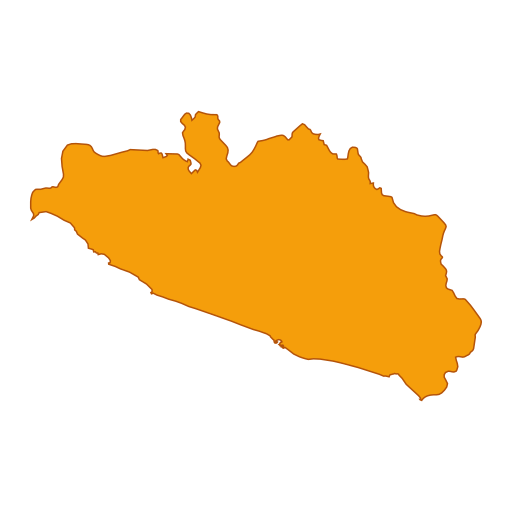 the border of Guerrero
{"feature_id": "MEX-2729", "entity_name": "Guerrero", "entity_type": "State", "adm_level": 1, "iso_a3": "MEX", "parent_name": "Mexico", "parent_adm1": "", "projection": "mercator", "projection_center": [-99.836, 17.594], "detail": "fine", "context": "isolated", "style": "filled", "palette": "amber", "viewbox_px": 512, "rotation_deg": 0, "n_neighbors": 0, "source": "natural_earth", "source_scale": "10m", "svg_char_len": 6050}
<svg xmlns="http://www.w3.org/2000/svg" viewBox="0 0 512 512"><path d="M421.7,400.4L420.2,399.8L419.9,399.4L420.3,399.4L420.6,399.0L420.4,397.9L418.6,395.7L414.7,392.1L406.2,384.3L402.2,378.4L399.0,375.1L398.6,374.3L397.7,373.8L396.1,373.9L394.5,373.5L393.7,374.0L392.8,374.0L391.8,374.4L390.2,374.7L389.6,375.5L389.1,376.8L385.6,376.0L383.6,376.1L379.4,374.3L358.1,367.5L340.5,362.8L333.2,361.1L320.3,359.1L313.5,358.8L308.3,359.4L305.0,358.6L302.1,357.7L299.3,356.7L293.7,354.0L287.8,349.4L285.0,347.4L284.3,347.5L283.8,348.2L282.6,347.8L282.2,347.1L281.1,346.7L282.0,346.2L283.1,346.8L283.5,346.0L283.0,345.2L282.2,345.1L281.6,345.5L280.7,345.2L279.9,345.3L279.0,344.5L279.7,344.2L279.9,343.3L280.6,342.3L281.1,342.4L281.8,342.1L281.8,341.4L281.0,340.4L280.1,339.9L278.6,339.6L276.8,340.3L275.7,341.0L275.9,341.9L276.9,341.6L277.5,342.0L276.6,343.0L275.1,343.1L274.4,342.4L273.8,339.9L273.0,339.4L270.5,336.8L270.1,335.8L266.6,333.8L258.7,331.0L253.3,329.5L240.4,324.7L231.3,321.1L204.9,311.8L195.3,308.5L188.8,306.5L181.6,303.3L175.8,301.2L168.7,299.2L162.7,296.9L157.0,295.1L153.3,293.2L151.5,293.8L150.9,292.5L152.1,291.8L152.0,289.5L146.6,284.1L139.4,279.7L138.2,277.1L129.5,272.1L120.5,268.9L115.4,266.5L108.7,264.2L108.6,263.0L110.1,262.7L110.4,260.7L109.5,259.2L108.5,257.8L104.3,254.3L101.2,253.8L98.2,254.6L97.8,253.0L96.4,253.0L95.4,251.8L93.7,251.9L93.3,249.8L91.6,249.1L88.4,248.2L88.0,244.0L85.4,240.0L82.6,238.1L77.5,234.1L76.3,231.3L74.7,229.9L74.5,227.8L70.4,223.0L64.0,220.2L57.4,216.2L51.1,213.4L46.1,211.6L39.2,212.6L38.2,214.5L36.0,216.1L34.3,218.0L31.8,219.5L33.4,216.3L33.7,215.3L33.5,213.6L31.3,210.2L30.7,208.2L30.7,201.7L31.0,198.3L31.7,195.2L32.4,193.1L32.9,192.1L33.8,191.1L34.9,190.0L35.7,189.4L36.8,189.3L40.7,189.3L44.1,188.4L45.9,188.0L47.6,188.1L49.2,188.3L50.7,188.1L52.2,186.8L53.2,186.8L55.3,187.3L56.4,187.3L57.5,186.9L58.0,186.2L58.6,184.4L62.1,179.6L63.4,177.1L63.5,174.2L62.1,166.4L61.5,158.5L62.9,151.2L67.4,145.1L71.4,143.8L75.9,143.6L86.6,144.4L88.3,144.7L89.9,145.4L91.3,146.7L92.3,148.4L93.0,150.1L93.9,151.7L95.6,153.1L97.8,154.4L100.0,155.5L102.3,156.3L104.9,156.4L110.7,155.4L121.9,152.2L127.6,150.8L130.2,149.6L147.5,150.5L152.9,149.4L155.3,149.4L157.7,150.5L158.0,151.1L158.1,152.9L158.6,153.7L159.6,153.2L161.1,153.0L161.8,153.6L162.3,154.9L163.0,157.7L166.5,156.4L167.3,155.4L166.0,153.7L177.5,154.0L178.9,154.6L182.6,158.8L184.2,160.0L185.9,161.1L187.3,161.6L187.3,161.2L188.1,159.6L188.1,159.2L188.6,159.4L189.5,159.9L189.9,160.0L190.3,160.5L190.6,161.6L191.0,163.3L190.9,164.3L189.9,165.4L188.8,166.3L188.1,167.7L188.3,169.5L189.2,171.1L191.4,173.6L195.1,170.0L195.5,169.9L196.7,170.4L197.5,172.3L200.4,167.5L201.0,165.2L200.0,163.1L194.6,158.7L189.0,154.7L186.8,152.9L185.7,151.0L185.4,148.7L185.4,145.7L185.3,143.0L184.8,140.5L184.0,138.1L183.0,135.6L182.5,132.8L183.5,131.2L184.8,129.6L185.4,127.1L184.3,125.2L182.3,123.5L180.7,121.6L180.7,119.5L182.0,117.9L183.4,116.0L184.8,114.2L186.5,113.1L188.8,113.3L190.4,115.1L191.4,117.7L191.9,120.3L194.2,118.2L195.2,116.9L195.5,114.7L196.4,113.6L198.5,111.6L202.7,112.9L206.7,114.0L210.8,114.6L216.7,114.7L217.4,115.2L217.8,116.4L217.8,118.3L218.2,119.4L219.6,121.1L219.7,122.5L217.6,126.8L217.4,129.0L219.2,132.9L219.3,134.2L219.1,137.0L219.4,138.2L220.1,139.4L221.0,140.4L225.7,145.3L227.4,147.5L228.1,150.1L227.8,152.9L226.8,156.0L226.2,158.9L227.3,161.1L228.2,161.8L229.0,162.8L230.5,164.8L231.6,165.8L233.1,166.3L234.7,166.4L236.1,166.1L237.3,165.2L238.1,164.0L238.9,163.0L240.3,162.5L247.4,156.8L249.8,154.8L252.2,152.2L254.0,149.3L255.6,146.3L257.3,142.5L258.1,141.3L262.4,140.6L264.6,140.1L266.7,139.5L268.9,138.6L275.5,136.6L276.6,136.1L280.1,135.4L282.0,135.2L283.6,135.6L285.3,136.9L287.7,139.8L289.0,139.9L291.9,137.0L292.1,135.8L292.1,134.5L292.3,133.1L293.0,132.0L299.8,125.9L302.4,123.8L304.6,124.7L306.6,127.0L308.5,129.0L309.9,129.4L310.6,130.2L311.7,132.6L313.2,133.8L315.7,134.4L318.3,134.5L320.2,134.0L319.2,136.0L318.5,138.1L318.9,139.7L321.1,140.4L323.2,140.7L324.2,144.6L326.6,145.3L329.4,150.6L330.3,151.9L331.5,153.1L332.9,153.9L336.4,154.0L337.0,155.9L337.2,158.1L337.9,159.1L342.6,159.3L344.9,159.3L347.2,159.0L347.7,157.9L347.9,156.5L348.3,153.6L349.0,150.8L350.3,148.5L352.4,147.2L355.2,147.4L356.2,147.8L356.9,148.2L357.4,148.9L358.0,152.9L358.3,154.2L359.1,155.3L360.5,156.8L361.0,157.6L361.2,158.7L362.5,161.9L365.0,164.3L367.2,166.9L368.2,170.8L368.6,172.7L368.4,176.0L368.5,177.8L369.0,179.3L369.8,180.5L370.3,181.9L370.2,183.6L373.4,183.0L373.3,184.5L373.5,186.0L374.1,187.3L375.1,188.5L376.9,189.5L378.5,188.7L379.8,187.8L381.2,188.4L381.5,192.9L382.2,194.7L383.8,195.7L388.4,196.3L390.9,196.7L392.0,197.4L393.5,202.7L396.4,206.7L400.5,209.6L405.4,211.6L407.6,212.2L414.2,213.6L417.1,215.0L421.6,216.0L425.2,216.3L428.8,216.0L434.1,214.8L435.4,214.7L436.5,215.1L437.9,216.3L444.0,222.8L445.7,225.0L446.1,226.7L445.5,228.5L444.3,231.1L443.5,233.2L442.9,235.3L442.0,239.7L440.9,244.1L440.0,248.4L439.5,251.3L439.8,253.9L441.3,256.0L442.0,256.5L442.4,257.0L442.4,257.6L440.8,259.5L440.5,260.9L440.7,262.5L441.1,264.1L443.3,266.2L445.5,268.7L446.1,269.6L446.6,271.2L446.4,272.8L445.6,275.8L446.1,276.6L447.2,278.9L446.9,281.0L446.2,283.2L445.8,285.6L446.4,287.8L447.9,289.0L452.1,290.4L453.6,292.8L455.1,296.0L456.9,298.5L459.4,299.0L462.5,298.9L464.0,298.9L465.3,299.4L470.4,305.2L473.7,309.6L480.1,318.5L480.7,319.6L481.1,320.7L481.3,322.0L481.1,323.2L480.9,324.4L480.0,326.8L478.6,329.5L477.7,331.0L475.6,333.8L475.1,334.9L475.3,337.1L475.1,338.5L473.6,348.6L473.0,350.0L471.9,351.2L470.4,352.3L469.5,353.9L468.9,354.4L467.7,355.2L467.0,355.4L465.5,356.3L464.1,356.9L462.7,357.1L459.6,356.6L458.3,356.5L456.9,356.7L455.6,357.2L456.3,360.4L457.3,363.5L457.8,366.7L456.8,370.0L456.3,370.9L456.1,371.2L453.9,372.0L452.1,371.8L450.4,371.4L448.3,371.2L445.5,372.5L444.2,374.7L444.2,377.2L445.7,379.9L447.5,383.6L446.7,387.0L444.5,390.1L441.7,392.9L439.0,394.4L436.3,394.8L433.4,394.8L430.4,395.1L427.6,395.8L425.4,396.8L423.5,398.2L421.9,400.0L421.7,400.4Z" fill="#f59e0b" stroke="#b45309" stroke-width="1.5"/></svg>